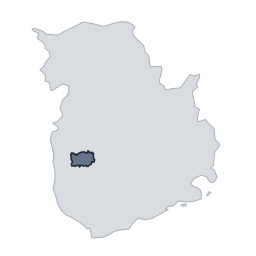 location of Svay Leu, Siemréab, Cambodia, rotated 267°
{"feature_id": "14789045B56730119052608", "entity_name": "Svay Leu", "entity_type": "district", "adm_level": 2, "iso_a3": "KHM", "parent_name": "Cambodia", "parent_adm1": "Siemréab", "projection": "orthographic", "projection_center": [104.313, 13.682], "detail": "fine", "context": "in_parent", "style": "filled", "palette": "slate", "viewbox_px": 256, "rotation_deg": 267, "n_neighbors": 0, "source": "geoboundaries", "source_scale": "gbopen_adm2", "svg_char_len": 5850}
<svg xmlns="http://www.w3.org/2000/svg" viewBox="0 0 256 256"><g transform="rotate(267 128 128)"><path d="M231.8,37.3L232.5,39.6L230.8,44.0L229.1,48.0L225.7,51.5L225.6,54.1L224.5,61.7L225.0,64.2L225.8,66.2L226.9,67.3L230.0,74.7L232.8,81.5L235.5,87.0L236.0,90.6L233.7,99.5L230.9,107.8L231.2,111.8L232.5,115.9L233.9,121.4L234.5,128.3L233.8,132.9L232.6,135.7L230.1,138.7L228.0,140.2L225.3,137.7L223.3,137.7L220.5,138.4L218.3,139.6L213.9,143.9L209.1,148.1L202.2,149.2L199.6,152.3L196.8,152.8L191.4,153.0L187.9,153.7L188.0,155.3L187.8,162.6L187.9,164.3L187.3,164.7L184.9,165.0L180.7,163.9L175.1,162.1L171.1,161.9L169.1,165.0L167.9,166.3L166.4,166.5L164.8,167.1L164.3,168.5L164.2,170.3L164.9,173.3L165.3,178.1L165.1,181.4L166.5,183.5L175.2,190.4L177.7,192.1L178.0,193.1L176.5,197.0L177.9,202.3L175.2,202.2L170.7,199.9L168.5,198.6L166.0,199.7L165.1,199.5L163.3,196.9L161.0,194.2L158.6,194.0L153.6,195.1L148.5,195.9L146.6,195.9L145.8,196.4L142.8,200.4L141.6,199.7L136.4,198.2L131.7,197.6L130.7,198.7L131.3,201.9L132.4,205.1L131.7,206.4L129.2,208.1L125.8,211.1L123.7,213.5L122.2,214.1L117.0,214.0L111.8,214.3L109.8,216.5L107.8,218.2L106.1,218.7L99.3,213.2L85.9,211.3L84.4,208.9L83.2,208.4L81.9,211.6L74.5,214.5L71.4,212.7L69.2,210.5L69.5,207.8L71.7,205.6L75.3,204.1L77.0,198.5L74.3,191.5L71.8,189.4L69.2,187.7L66.5,190.4L64.2,194.9L61.8,197.2L58.5,197.7L53.5,197.5L51.6,190.7L51.0,185.0L51.7,178.4L52.5,174.5L47.8,169.1L47.5,164.0L45.3,161.3L44.6,162.6L44.7,164.1L44.0,163.0L36.6,147.9L35.4,141.0L36.7,135.6L37.5,133.8L35.4,131.0L32.4,127.7L27.0,123.5L26.7,116.8L25.6,109.0L24.0,106.3L21.6,101.4L20.3,97.4L20.0,86.8L20.6,86.0L24.4,85.7L29.3,85.0L30.0,83.3L29.2,81.9L32.3,79.5L36.8,74.3L40.2,68.8L42.7,65.3L44.2,61.9L49.2,57.1L56.1,53.7L60.7,53.0L65.6,51.8L70.2,50.2L72.4,50.1L78.2,52.1L81.3,52.6L84.6,52.6L87.9,52.8L90.9,52.6L98.0,51.2L105.5,52.3L112.1,51.4L120.4,49.8L124.5,50.8L128.2,52.4L128.7,55.6L129.6,57.1L130.8,58.2L132.5,58.2L134.6,56.0L136.3,53.6L136.9,53.2L137.0,54.3L137.9,56.9L139.5,59.3L141.1,61.0L143.7,63.1L145.5,63.2L151.1,61.1L159.6,64.1L160.6,65.6L163.4,68.6L166.4,70.8L173.0,70.9L175.3,65.5L174.2,62.2L170.4,56.5L169.3,53.2L170.5,52.6L176.9,51.9L177.9,51.2L179.3,47.5L181.0,47.9L184.6,48.4L188.3,45.8L190.5,43.1L191.7,44.3L193.1,46.2L194.5,47.2L197.2,48.8L200.2,51.0L202.1,53.2L203.6,54.1L207.4,53.4L208.4,53.5L210.5,50.8L212.1,49.3L213.4,49.7L215.3,49.6L219.2,46.2L221.4,43.0L222.7,42.2L226.2,43.7L227.6,43.4L229.6,39.0L231.8,37.3ZM49.2,181.8L48.4,182.2L47.7,182.2L47.0,181.6L47.1,179.2L47.6,177.7L48.8,177.4L49.2,181.8ZM60.3,205.7L58.8,207.3L56.4,204.0L56.4,203.0L60.3,205.7Z" fill="#d9dde1" stroke="#a8b0b8" stroke-width="1"/><path d="M105.9,70.4L105.8,70.5L105.7,70.6L105.6,70.4L105.5,70.2L105.3,69.9L105.2,69.8L105.0,69.7L104.9,69.6L104.7,69.4L104.5,69.5L104.4,69.4L104.2,69.5L103.9,69.5L103.6,69.4L103.4,69.4L103.2,69.5L102.9,69.8L102.7,69.7L102.3,69.6L101.6,69.7L101.4,69.7L101.1,69.7L100.8,69.6L100.7,69.6L100.2,69.6L99.9,69.7L99.8,69.8L99.6,69.6L99.4,69.6L99.2,69.7L98.9,69.9L98.7,70.0L98.5,70.3L98.2,70.3L98.0,70.5L97.9,70.6L97.7,70.6L97.5,70.9L97.4,70.9L97.2,70.7L96.8,70.7L96.7,70.7L96.3,70.5L96.2,70.2L95.9,70.0L95.8,69.9L95.5,69.7L95.1,69.6L94.9,69.6L94.7,69.5L94.1,69.6L93.6,69.7L93.3,69.8L93.2,69.8L93.2,70.2L93.1,70.5L93.2,71.5L93.0,71.8L92.9,71.9L92.7,72.1L92.7,72.3L92.6,72.5L92.7,73.1L92.7,73.3L93.0,73.7L93.1,73.8L93.1,74.3L93.0,74.5L92.9,74.6L93.1,75.7L93.2,76.4L93.4,76.7L93.3,76.8L93.1,76.9L92.8,77.0L92.3,77.2L92.0,77.4L91.8,77.5L92.0,77.7L91.9,77.8L92.0,77.9L92.1,78.1L92.2,78.3L92.7,78.3L92.8,78.3L92.9,78.6L93.0,78.7L93.2,79.0L93.3,79.3L93.3,79.5L93.2,80.0L93.1,80.3L92.8,80.8L92.6,81.1L92.4,81.2L92.3,81.4L92.3,81.5L92.3,82.4L92.4,82.6L92.7,82.9L92.8,83.1L92.9,83.3L92.8,83.7L92.8,84.2L92.7,84.3L92.5,84.5L92.4,84.5L92.0,84.6L91.9,84.6L91.9,84.8L91.8,85.3L91.7,85.9L91.7,86.0L92.4,87.0L92.7,87.1L92.8,87.3L92.8,87.5L92.9,87.8L93.1,87.9L93.2,88.2L93.3,88.5L93.5,88.8L93.6,89.0L93.6,89.3L93.8,89.4L93.9,89.5L94.0,89.5L94.1,89.4L94.2,89.5L94.3,89.6L94.5,89.7L94.8,89.7L95.4,89.7L95.5,89.7L96.1,89.9L96.4,90.1L96.4,90.3L95.8,90.8L95.7,91.1L95.7,91.3L95.8,92.3L95.9,92.5L96.0,92.5L96.3,92.5L96.7,92.6L96.9,92.6L97.0,92.6L97.3,92.5L97.5,92.6L97.8,93.0L98.0,93.1L98.4,92.8L98.5,92.6L98.7,92.3L98.7,92.2L99.1,92.1L100.4,92.1L100.7,92.0L101.6,92.0L101.9,92.0L102.8,92.0L103.0,92.0L103.4,92.2L103.6,92.3L103.9,92.3L104.2,92.2L104.7,91.9L104.9,91.7L104.9,91.3L104.9,91.2L105.0,91.2L104.9,91.2L105.0,91.1L104.9,90.9L105.0,90.9L105.1,90.6L105.2,90.4L105.3,90.4L105.2,90.3L105.2,90.2L105.2,89.9L105.1,90.0L105.1,89.9L105.1,89.7L105.1,89.4L105.1,89.2L105.3,89.0L105.3,88.9L105.6,88.7L105.8,88.4L106.1,88.2L106.2,87.9L106.2,87.6L106.4,87.6L106.5,87.5L106.8,87.5L106.9,87.4L107.0,87.3L107.0,87.2L107.2,86.9L107.3,86.8L107.3,86.7L106.9,86.6L106.5,86.6L105.4,86.5L105.4,86.4L105.3,86.2L105.5,86.0L105.4,85.8L105.3,85.7L105.2,85.6L105.3,85.5L105.2,85.4L105.2,85.2L105.1,84.9L105.1,84.7L105.3,84.4L105.5,84.3L105.8,84.3L105.8,84.2L106.0,84.1L106.0,83.9L106.1,83.7L106.0,83.4L106.2,83.2L106.3,83.0L106.3,82.9L106.4,82.6L106.5,82.5L106.6,82.4L106.6,81.8L106.6,81.7L106.3,81.5L106.2,81.4L106.1,81.1L106.2,80.8L106.3,80.7L106.3,80.4L106.2,80.3L106.2,80.1L106.1,79.9L106.2,79.6L106.0,79.3L106.0,79.2L105.9,79.1L105.7,78.9L105.5,78.7L105.4,78.6L105.4,78.4L105.5,78.1L105.6,77.9L105.6,77.7L105.3,77.4L105.1,77.4L104.9,77.2L104.7,76.8L104.7,76.5L104.6,76.4L104.5,76.1L104.4,76.0L104.3,75.8L104.2,75.8L103.9,75.9L103.7,75.9L103.4,75.9L103.3,75.7L103.6,75.3L103.6,75.2L103.7,74.7L103.8,74.6L104.1,74.7L104.2,74.4L104.3,74.3L104.2,74.2L104.3,74.0L104.6,74.0L104.6,73.9L104.6,73.7L104.8,73.6L104.6,73.4L104.7,73.0L104.8,72.8L104.8,72.6L105.0,72.3L105.4,72.4L105.6,72.4L105.7,72.2L105.3,71.9L105.3,71.7L105.5,71.5L105.8,71.3L105.9,71.2L105.9,70.9L106.1,70.5L106.0,70.4L105.9,70.4Z" fill="#64748b" stroke="#1e293b" stroke-width="1.5"/></g></svg>